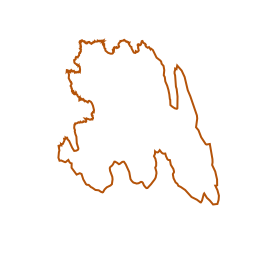 the district of Borgarfjarðarhreppur, Austurland, Iceland, rotated 255°
{"feature_id": "244011B88653491645149", "entity_name": "Borgarfjarðarhreppur", "entity_type": "district", "adm_level": 2, "iso_a3": "ISL", "parent_name": "Iceland", "parent_adm1": "Austurland", "projection": "natural_earth1", "projection_center": [-13.775, 65.462], "detail": "fine", "context": "isolated", "style": "outline", "palette": "amber", "viewbox_px": 256, "rotation_deg": 255, "n_neighbors": 0, "source": "geoboundaries", "source_scale": "gbopen_adm2", "svg_char_len": 5833}
<svg xmlns="http://www.w3.org/2000/svg" viewBox="0 0 256 256"><g transform="rotate(255 128 128)"><path d="M173.2,188.9L171.5,188.4L170.7,187.7L168.8,187.1L166.5,187.1L155.5,185.0L153.1,185.1L145.6,184.0L134.3,180.8L133.9,180.1L134.9,178.3L137.0,176.4L139.2,174.9L144.5,176.1L145.1,175.9L149.7,176.6L154.5,176.9L158.6,176.8L163.3,176.1L167.6,176.7L169.7,176.2L174.5,178.0L178.7,178.4L181.4,177.1L183.4,177.2L184.6,176.8L188.6,173.8L196.8,172.2L198.8,170.7L199.1,170.1L198.7,169.9L200.7,169.2L200.4,167.8L201.9,166.5L203.2,166.2L203.6,166.2L203.8,166.7L204.9,166.4L206.4,164.8L208.3,164.5L208.3,164.0L207.6,164.0L207.4,163.1L205.4,162.2L204.8,161.4L205.1,160.6L206.0,160.3L206.3,159.6L206.1,159.0L205.2,158.7L203.8,159.0L202.8,158.4L201.7,158.6L200.0,158.4L199.1,157.0L199.1,156.5L200.1,155.5L198.9,155.2L198.6,154.5L199.2,153.3L199.8,153.0L204.1,152.0L205.3,152.3L206.3,151.3L208.1,150.8L209.1,150.8L209.7,151.2L209.6,150.6L210.8,150.6L210.8,150.0L211.8,149.4L211.7,148.8L212.2,148.8L212.9,147.8L213.7,147.5L213.5,147.2L214.0,146.7L213.6,146.0L213.9,144.9L213.6,144.1L214.0,143.2L213.2,142.8L213.0,142.2L211.8,140.7L210.8,140.3L209.0,140.5L208.3,139.7L208.1,138.1L210.1,137.8L208.7,137.7L208.9,136.2L209.5,135.8L209.3,135.2L208.7,134.8L208.0,135.1L207.3,134.8L207.8,134.5L207.6,133.7L206.1,133.9L206.4,133.5L205.2,133.4L204.1,132.7L203.9,131.8L204.3,130.4L205.8,128.2L208.5,126.3L209.6,126.3L210.3,126.6L211.0,126.0L212.4,126.0L214.5,126.5L214.2,125.7L215.2,125.4L215.7,125.5L216.0,126.0L216.4,125.8L216.7,126.3L216.9,126.3L217.0,125.7L217.6,125.8L217.9,126.6L218.0,126.1L218.8,126.7L218.6,126.0L219.2,126.6L218.7,125.4L219.2,125.2L219.2,124.9L218.4,124.6L219.0,124.3L219.7,124.5L219.4,124.3L219.5,123.6L220.0,123.9L219.2,122.8L220.2,121.5L219.5,121.3L219.5,120.4L219.9,118.7L220.5,118.4L219.8,117.9L219.6,117.3L220.1,116.8L219.5,116.3L219.2,115.7L219.4,115.1L218.8,114.5L219.7,113.5L221.1,113.0L221.4,111.8L220.5,110.9L220.3,110.1L220.5,109.7L221.4,109.5L221.1,109.0L221.9,108.4L223.1,108.4L223.3,107.8L223.0,106.6L223.5,107.2L224.4,106.5L223.6,105.5L223.9,105.1L224.5,105.2L224.3,104.0L223.6,103.5L223.4,103.8L223.6,104.4L223.0,104.4L222.0,103.5L221.8,103.9L219.2,103.7L219.2,103.2L218.1,103.4L217.7,102.9L217.1,102.9L217.1,102.4L216.3,102.8L216.1,102.4L215.4,102.6L214.0,102.2L213.9,101.5L213.1,101.2L213.3,100.9L213.1,100.3L210.7,99.5L210.2,98.5L209.2,97.7L210.1,96.3L209.2,95.5L208.2,95.4L207.6,94.5L207.7,93.7L207.4,93.5L205.4,93.2L204.6,93.3L202.9,94.6L202.7,95.1L202.0,95.0L201.2,96.0L201.4,96.4L200.8,96.2L200.9,96.5L200.7,96.8L199.8,97.2L196.7,96.8L195.0,96.2L195.2,95.8L194.7,95.7L195.2,95.3L194.7,94.5L195.1,94.1L194.9,93.8L195.1,93.1L194.9,92.8L195.0,92.3L195.6,92.1L195.2,91.0L197.2,90.5L197.0,89.3L197.6,88.9L197.3,88.8L197.8,88.3L197.6,87.9L198.4,87.8L197.9,87.1L196.9,86.7L197.3,86.3L197.1,85.7L198.2,85.7L198.1,85.4L199.0,84.7L198.2,84.2L196.9,84.7L194.7,84.8L191.5,83.6L187.0,84.5L187.1,84.9L185.7,85.1L185.1,84.9L183.5,83.4L182.0,83.9L181.3,83.6L180.6,84.0L178.1,83.4L178.0,84.5L176.3,83.7L176.0,83.9L176.6,84.5L175.5,84.8L175.3,85.3L175.1,84.6L174.8,84.7L174.8,85.1L175.7,85.9L174.7,85.9L175.2,86.7L174.2,86.5L173.4,87.6L172.5,87.5L170.9,88.1L170.3,89.4L169.5,89.5L168.3,88.9L168.5,88.5L167.3,88.2L167.5,89.0L168.6,89.2L168.3,89.5L169.0,89.3L169.3,89.5L168.7,89.5L168.6,89.8L167.9,89.6L168.5,90.0L168.5,90.4L167.3,90.7L167.0,91.5L167.5,91.6L167.7,92.1L166.9,92.6L165.5,92.8L165.4,93.3L165.0,93.3L165.1,94.1L163.1,95.8L164.3,96.9L164.3,97.5L162.9,98.9L161.3,99.5L158.6,99.9L154.1,99.8L152.1,99.0L152.6,98.3L151.4,97.3L151.5,96.8L150.8,96.4L149.6,96.4L149.3,96.8L149.0,96.4L147.3,96.9L146.4,96.7L145.8,95.8L147.1,95.7L145.7,95.7L146.0,94.5L145.8,93.5L147.4,91.3L147.3,90.6L147.7,90.4L147.5,90.2L148.1,89.0L146.5,89.7L145.1,89.3L144.8,88.8L146.0,87.0L146.0,86.5L145.4,86.2L145.3,85.4L145.6,84.0L146.3,83.6L145.8,83.1L145.7,82.6L146.4,81.5L146.0,80.9L145.8,79.7L146.1,78.3L145.4,78.0L145.6,77.7L145.0,77.1L141.9,76.0L139.6,76.2L138.6,75.7L135.8,75.6L133.0,75.9L126.5,74.6L121.2,74.8L120.3,74.4L119.8,73.7L119.5,72.0L119.8,70.1L123.3,69.0L130.7,67.8L132.7,66.7L134.4,66.7L134.6,66.0L134.3,65.5L134.9,65.1L133.7,64.7L133.5,64.2L133.9,63.5L132.4,63.4L129.5,60.9L129.7,59.8L128.8,59.4L129.4,59.1L128.8,59.0L128.8,57.5L128.0,57.0L129.4,56.9L128.7,56.6L129.6,56.4L124.0,55.9L122.5,55.0L117.3,53.1L114.1,53.4L113.9,55.1L111.4,58.2L111.2,58.9L112.6,62.1L110.0,62.7L109.1,63.3L108.4,64.4L104.2,63.2L96.3,66.3L96.8,69.7L95.6,71.2L89.9,71.5L84.6,72.9L83.8,73.6L83.2,75.3L80.4,77.0L79.6,78.0L76.6,80.5L75.4,83.6L73.4,85.3L72.4,86.7L72.5,87.3L74.7,89.5L76.2,92.1L77.0,96.2L77.9,97.9L82.4,99.8L84.9,100.2L91.3,99.6L94.0,100.0L95.0,100.9L95.8,102.8L96.8,104.1L99.0,106.1L98.9,106.7L97.1,108.6L95.4,109.8L95.4,110.5L96.7,113.6L96.7,114.6L96.4,115.4L93.5,116.4L85.1,117.8L78.0,117.2L75.9,117.9L73.9,119.1L72.1,122.0L71.9,124.0L72.6,126.5L72.3,127.4L71.4,128.1L68.4,128.6L66.6,129.4L65.2,130.2L65.0,131.3L67.7,135.6L71.4,140.4L73.0,141.9L76.9,143.8L78.7,144.1L82.6,144.0L84.2,145.4L87.3,146.3L91.2,146.5L94.1,145.8L95.9,147.3L98.4,148.1L97.5,148.6L96.7,150.4L96.9,151.1L98.4,152.9L95.5,154.1L94.5,154.9L93.9,156.0L93.7,157.4L91.0,157.4L87.6,158.0L86.7,158.7L86.1,160.2L81.4,159.8L76.7,161.2L74.3,161.2L73.3,160.9L72.1,159.6L71.4,159.3L67.7,159.0L63.1,159.9L61.4,161.2L59.1,161.7L57.4,163.7L53.3,167.2L44.9,171.5L40.8,176.1L37.4,178.7L37.3,179.3L38.9,180.8L44.6,184.1L45.1,184.7L40.2,186.1L36.7,188.3L32.1,190.4L31.5,194.7L35.1,196.9L39.1,198.3L44.8,198.3L49.7,197.4L49.4,198.7L49.6,199.3L55.2,200.7L63.4,201.0L70.5,199.7L73.0,200.8L76.0,201.5L91.4,202.9L91.7,199.6L92.3,198.9L100.1,196.3L107.6,195.5L111.1,193.9L119.2,197.3L122.3,197.8L142.6,196.4L149.1,195.5L162.6,195.9L169.5,194.7L175.6,191.7L172.3,190.1L173.2,188.9ZM199.4,84.5L199.7,83.9L198.4,83.4L198.9,84.2L199.4,84.5Z" fill="none" stroke="#b45309" stroke-width="2"/></g></svg>